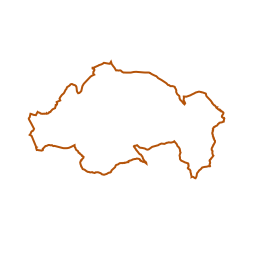 Altina, Sibiu, Romania, rotated 161°
{"feature_id": "2599482B30844393553970", "entity_name": "Altina", "entity_type": "district", "adm_level": 2, "iso_a3": "ROU", "parent_name": "Romania", "parent_adm1": "Sibiu", "projection": "mercator", "projection_center": [24.479, 45.949], "detail": "fine", "context": "isolated", "style": "outline", "palette": "amber", "viewbox_px": 256, "rotation_deg": 161, "n_neighbors": 0, "source": "geoboundaries", "source_scale": "gbopen_adm2", "svg_char_len": 5733}
<svg xmlns="http://www.w3.org/2000/svg" viewBox="0 0 256 256"><g transform="rotate(161 128 128)"><path d="M168.3,187.9L169.1,187.3L170.0,187.0L172.4,186.4L173.5,185.0L174.6,184.4L176.9,182.1L177.9,181.5L179.7,180.8L181.9,179.3L183.2,178.0L183.1,176.1L187.0,175.8L187.1,175.2L186.9,174.5L187.4,173.5L188.0,173.1L188.7,173.3L188.8,172.7L189.5,172.3L189.6,171.7L190.1,171.2L190.5,170.5L192.7,170.3L193.5,170.1L195.5,169.0L196.0,168.5L196.6,168.4L197.2,168.7L198.3,167.9L198.9,167.8L200.0,168.0L200.1,168.3L200.4,168.0L202.0,168.7L202.7,168.7L203.2,169.0L204.4,169.3L205.9,170.1L206.5,171.1L208.0,172.2L208.2,172.6L209.4,171.6L210.9,170.1L212.9,171.1L215.2,173.0L215.6,173.2L217.5,170.1L218.6,169.5L218.8,169.1L218.8,168.4L218.0,163.7L217.1,157.8L218.2,156.7L219.1,156.2L219.7,156.3L220.6,155.9L222.2,154.1L223.2,153.5L221.7,151.9L221.0,139.9L220.7,139.6L221.3,139.4L221.4,138.5L221.4,136.9L220.8,136.8L220.1,136.3L216.9,134.7L216.4,134.9L215.8,134.8L215.4,135.4L215.4,136.0L211.9,137.8L210.7,137.6L208.8,137.8L208.0,137.6L206.8,136.8L205.5,136.5L205.2,136.2L205.1,135.8L204.2,135.1L203.3,135.0L197.0,130.8L195.7,130.0L194.5,129.5L191.9,128.7L190.2,128.5L187.7,128.7L184.1,129.2L184.5,127.7L184.5,127.1L184.2,126.4L184.3,125.5L184.0,123.9L183.5,123.4L182.8,122.3L182.8,121.2L182.6,120.9L182.7,120.6L182.0,120.1L181.8,119.7L181.8,119.2L180.5,117.3L180.6,116.6L180.0,116.1L179.4,115.2L179.9,114.3L181.5,113.5L182.3,112.8L182.8,112.8L182.9,112.3L183.7,112.0L184.5,110.8L184.7,109.1L184.6,107.5L184.8,106.8L184.5,106.3L184.2,103.9L182.7,102.8L181.3,100.7L180.3,99.6L179.3,99.2L178.2,98.3L176.2,97.9L175.9,97.4L174.1,96.3L173.0,96.6L170.7,95.9L168.5,94.1L167.7,92.7L165.9,91.6L163.1,91.5L160.9,92.0L159.5,91.7L159.0,91.8L158.9,92.0L158.2,92.1L157.6,93.0L157.3,93.3L152.9,95.2L151.9,96.5L151.1,96.9L149.4,96.8L147.4,97.4L145.9,97.1L144.4,96.5L144.0,96.6L142.9,96.1L142.3,96.3L141.8,96.0L140.2,96.0L138.8,95.6L138.5,96.4L138.3,96.5L136.9,96.6L136.1,96.4L134.6,96.5L134.0,96.7L131.8,96.5L130.7,96.2L129.8,96.3L128.5,95.7L127.2,94.8L126.9,94.1L127.1,93.7L127.0,93.3L126.3,92.8L126.3,92.6L126.1,92.6L125.0,91.2L123.8,90.6L123.0,89.8L122.2,88.5L122.1,89.1L122.2,89.7L122.4,90.4L123.2,91.3L123.5,92.9L123.8,94.3L123.7,95.2L123.8,96.6L124.2,97.3L124.4,98.5L124.8,99.0L125.5,99.4L126.1,101.0L126.3,101.8L126.9,103.3L127.0,103.9L127.5,104.8L127.5,105.6L127.7,105.9L128.0,107.1L128.4,108.3L128.4,108.8L128.0,109.0L127.3,109.0L126.4,108.7L125.0,108.8L123.4,105.8L122.7,105.3L121.2,104.6L118.7,103.1L118.0,102.2L117.2,101.5L116.4,101.1L115.3,101.1L111.3,102.3L104.9,101.9L104.0,102.2L101.5,102.4L98.7,101.1L96.1,101.4L95.5,101.2L94.3,101.2L92.1,100.2L91.1,100.1L89.5,100.0L88.6,100.4L88.4,99.9L87.2,96.9L87.1,94.8L86.2,93.1L85.9,91.4L86.2,89.3L86.4,88.7L86.3,87.6L86.9,87.0L88.2,85.3L88.4,83.4L88.9,81.9L88.9,81.4L88.3,79.8L86.1,77.8L85.8,77.3L82.7,75.0L82.6,74.5L83.0,73.6L82.8,73.3L83.1,72.2L83.9,71.1L84.3,70.7L84.4,70.8L84.5,70.7L84.1,69.4L83.3,68.8L83.1,68.3L82.9,67.3L83.3,65.8L83.3,64.3L83.5,63.6L83.7,61.2L83.8,61.0L83.3,61.1L82.3,60.5L81.0,58.8L80.5,58.5L79.2,59.7L78.5,60.8L77.7,62.3L77.0,63.1L75.7,63.8L74.6,64.7L72.7,65.3L70.7,66.5L68.4,66.3L66.2,65.8L64.4,65.7L63.0,65.1L62.8,65.2L62.8,65.7L63.2,66.0L62.3,67.6L61.9,67.9L61.6,68.5L61.4,70.0L61.6,70.3L61.4,70.8L61.0,71.2L59.9,71.5L59.6,72.0L58.2,72.7L56.3,74.0L56.6,74.6L56.5,75.3L56.5,76.5L55.9,78.2L55.6,78.5L55.6,78.9L56.0,80.1L55.5,81.4L55.0,82.0L54.2,82.6L54.0,83.0L53.1,83.7L53.0,84.1L52.3,84.5L50.4,86.3L49.9,87.6L50.3,88.7L50.3,89.4L50.2,89.8L50.4,90.1L50.1,90.5L50.4,91.3L50.2,92.1L50.4,92.7L50.0,93.9L50.2,95.1L49.9,95.5L49.9,95.9L49.7,96.0L49.5,96.6L48.9,97.2L48.9,97.5L48.8,97.9L48.7,98.0L48.5,97.9L48.0,98.6L48.1,99.5L47.5,99.9L47.1,100.5L46.4,100.9L45.9,100.7L45.0,101.2L43.2,101.3L42.4,101.7L41.5,102.5L41.2,102.5L40.7,102.6L39.9,103.2L37.4,102.8L35.4,102.9L35.4,103.5L34.6,104.3L34.5,104.8L34.0,105.4L33.8,105.7L33.9,106.3L34.9,106.7L35.1,107.0L35.2,107.5L35.6,107.9L35.6,108.1L35.1,109.0L33.4,110.3L32.8,111.2L32.8,111.5L33.4,112.7L34.4,113.3L34.3,113.6L34.8,114.1L34.6,114.4L35.0,115.1L35.2,114.8L35.6,114.9L36.0,115.6L36.6,116.3L37.1,117.2L37.0,117.4L37.8,118.2L37.8,118.7L37.6,118.8L37.9,118.9L38.4,120.7L38.8,121.3L39.2,121.5L40.3,124.1L40.1,124.3L40.9,127.0L43.3,132.2L43.5,133.1L43.2,134.9L43.3,135.3L45.8,137.3L46.9,137.9L47.0,138.1L47.3,138.2L48.5,139.0L49.2,139.3L52.6,139.5L53.8,139.2L57.5,138.8L58.1,138.6L61.9,138.6L62.6,138.6L65.0,139.6L65.1,139.3L65.3,138.2L66.0,137.1L66.3,136.2L65.9,132.9L66.6,132.6L66.5,132.3L66.9,132.0L67.8,133.7L68.4,135.8L69.2,137.1L69.4,137.7L69.6,139.3L69.2,140.6L69.1,141.6L69.5,142.4L70.2,143.5L70.5,144.2L70.7,146.4L70.1,147.9L70.1,149.0L70.4,150.3L70.4,151.5L70.7,151.9L72.2,153.1L74.3,153.8L75.1,155.1L76.0,155.5L76.6,156.6L77.0,157.6L77.7,158.6L80.7,162.5L83.3,165.4L83.9,166.9L84.5,167.9L85.6,168.8L87.8,171.0L88.9,172.3L89.0,172.7L89.5,172.9L89.9,173.5L94.6,175.2L102.1,178.5L104.3,179.1L107.5,179.5L114.2,181.9L115.2,182.9L116.0,184.5L116.7,185.1L118.3,185.4L119.5,186.1L120.5,186.3L120.7,186.9L121.2,189.5L121.9,191.4L122.6,193.9L122.7,194.4L122.5,195.4L122.5,196.2L124.3,194.7L124.5,194.9L125.3,195.1L129.4,197.4L129.7,197.5L130.6,197.1L132.4,196.8L135.0,196.9L135.4,196.7L141.2,196.2L141.9,196.5L142.1,196.1L142.1,195.7L140.8,194.9L140.8,194.1L141.0,193.6L142.0,192.7L142.3,192.6L142.7,191.7L143.1,191.1L143.1,190.8L142.6,189.4L144.8,189.2L146.6,188.8L155.4,184.2L157.5,182.4L160.1,178.2L161.3,177.5L162.5,177.0L163.8,177.1L164.2,178.3L164.2,179.0L164.3,179.6L164.1,180.2L164.1,180.6L163.8,181.5L163.5,183.1L163.4,183.4L163.4,183.7L163.5,183.8L163.5,184.4L163.7,184.7L163.7,185.0L164.4,185.9L165.3,186.5L165.6,186.6L166.2,187.5L166.9,187.9L167.5,188.0L168.3,187.9Z" fill="none" stroke="#b45309" stroke-width="2"/></g></svg>